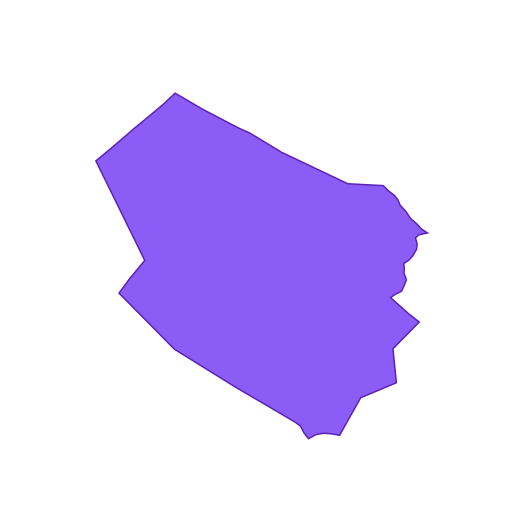 Campo Grande do Piauí, Piauí, Brazil, rotated 302°
{"feature_id": "56859067B96257895784002", "entity_name": "Campo Grande do Piauí", "entity_type": "district", "adm_level": 2, "iso_a3": "BRA", "parent_name": "Brazil", "parent_adm1": "Piauí", "projection": "robinson", "projection_center": [-41.045, -7.177], "detail": "fine", "context": "isolated", "style": "filled", "palette": "violet", "viewbox_px": 512, "rotation_deg": 302, "n_neighbors": 0, "source": "geoboundaries", "source_scale": "gbopen_adm2", "svg_char_len": 837}
<svg xmlns="http://www.w3.org/2000/svg" viewBox="0 0 512 512"><g transform="rotate(302 256 256)"><path d="M351.2,101.1L335.0,96.8L306.7,87.5L298.9,84.8L291.4,82.6L268.3,75.3L251.8,69.8L193.3,164.0L170.3,160.9L151.9,159.5L133.7,236.3L133.9,307.1L135.8,376.4L135.4,383.7L131.4,390.5L128.9,397.3L136.6,401.7L141.6,407.4L145.2,414.3L148.3,421.9L191.4,419.9L201.8,427.3L222.9,442.2L249.9,421.3L286.5,429.4L287.9,416.1L292.0,392.2L297.1,394.3L303.3,398.1L309.3,397.3L315.5,396.2L320.0,390.5L324.3,388.1L328.0,385.3L333.3,387.8L339.5,388.9L346.8,388.6L351.5,386.3L356.0,381.6L360.3,382.9L366.4,389.2L366.6,381.8L368.5,375.2L369.6,367.4L373.1,359.8L375.4,351.4L378.8,346.7L380.7,341.5L381.4,334.0L383.1,326.6L365.9,295.5L357.5,222.7L357.0,185.9L355.3,173.4L352.2,134.0L351.2,101.1Z" fill="#8b5cf6" stroke="#5b21b6" stroke-width="1.5"/></g></svg>